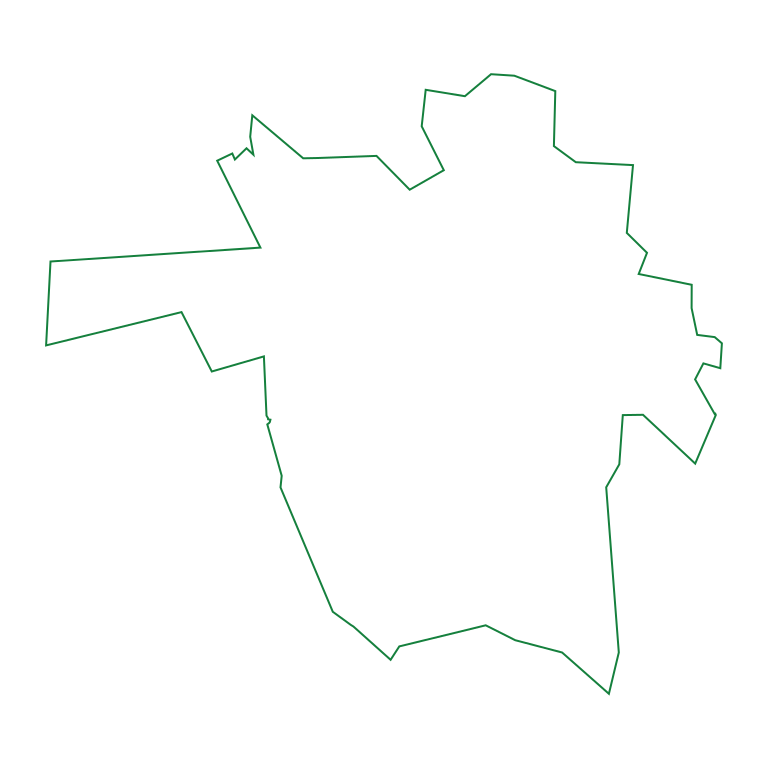 Richmond, Virginia, United States of America (Natural Earth projection)
{"feature_id": "52423323B61032845323419", "entity_name": "Richmond", "entity_type": "district", "adm_level": 2, "iso_a3": "USA", "parent_name": "United States of America", "parent_adm1": "Virginia", "projection": "natural_earth1", "projection_center": [-77.473, 37.525], "detail": "fine", "context": "isolated", "style": "outline", "palette": "green", "viewbox_px": 768, "rotation_deg": 0, "n_neighbors": 0, "source": "geoboundaries", "source_scale": "gbopen_adm2", "svg_char_len": 922}
<svg xmlns="http://www.w3.org/2000/svg" viewBox="0 0 768 768"><path d="M50.5,261.5L46.1,345.4L181.5,312.1L211.8,371.5L263.9,356.4L266.5,415.6L268.0,418.2L268.1,419.3L270.4,419.7L269.9,421.9L269.2,422.9L267.3,424.4L281.7,475.8L280.5,487.4L332.8,611.8L350.8,624.9L353.4,626.5L390.6,659.8L399.3,646.4L485.7,625.3L515.2,640.2L562.1,652.5L608.9,693.8L618.8,652.5L606.2,487.3L619.3,464.3L622.8,415.1L643.0,414.8L695.2,463.6L715.8,415.0L715.3,413.7L714.7,414.0L695.1,379.4L703.4,363.4L720.3,368.2L721.9,343.3L714.7,337.1L697.2,334.9L691.6,308.1L691.7,284.8L638.7,274.0L647.0,252.8L626.8,232.9L633.0,165.1L575.8,162.2L553.9,146.1L555.3,91.1L514.3,75.7L491.0,74.2L490.7,74.5L464.9,96.2L425.7,89.8L421.7,126.3L443.8,170.2L409.7,189.7L376.5,155.9L318.0,158.0L303.2,158.3L252.3,115.3L250.2,136.8L253.4,154.7L246.5,148.3L234.9,159.5L232.3,153.5L217.2,160.7L260.4,247.6L50.5,261.5Z" fill="none" stroke="#15803d" stroke-width="2"/></svg>